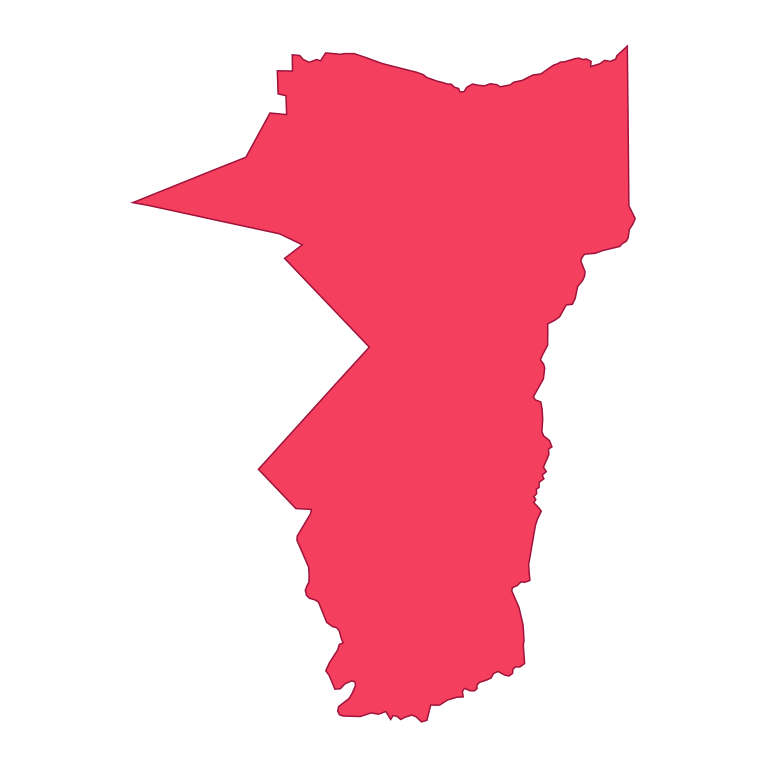 the district of São Luiz, Roraima, Brazil
{"feature_id": "56859067B55722960817653", "entity_name": "São Luiz", "entity_type": "district", "adm_level": 2, "iso_a3": "BRA", "parent_name": "Brazil", "parent_adm1": "Roraima", "projection": "orthographic", "projection_center": [-60.131, 0.848], "detail": "fine", "context": "isolated", "style": "filled", "palette": "rose", "viewbox_px": 768, "rotation_deg": 0, "n_neighbors": 0, "source": "geoboundaries", "source_scale": "gbopen_adm2", "svg_char_len": 2793}
<svg xmlns="http://www.w3.org/2000/svg" viewBox="0 0 768 768"><path d="M292.3,54.8L292.5,71.0L277.3,70.8L278.1,93.9L286.0,95.7L286.6,114.6L270.0,113.0L245.9,157.2L240.7,159.3L214.7,169.6L132.8,202.6L148.3,205.4L157.0,207.3L221.9,221.4L279.8,233.9L302.3,244.8L284.6,258.4L369.3,347.1L339.5,379.8L258.4,469.3L275.7,487.4L281.1,493.1L295.9,508.6L311.4,509.4L310.5,513.8L297.3,535.9L296.9,540.2L308.7,567.3L309.1,574.1L308.9,582.3L307.1,585.4L305.3,590.3L306.5,595.3L309.4,598.3L315.1,599.9L318.5,602.1L326.7,622.4L332.6,626.6L336.7,627.7L339.3,631.0L341.2,638.3L343.1,642.8L339.3,644.5L337.7,649.9L329.5,662.6L325.8,670.8L329.2,675.5L331.0,679.8L334.9,689.2L340.4,688.7L345.0,683.8L351.6,680.9L355.1,681.9L355.5,685.6L352.2,693.2L349.2,698.4L338.6,706.6L337.7,711.1L339.5,714.8L343.1,716.0L360.3,716.5L371.3,712.9L378.4,714.2L385.8,711.5L390.7,719.5L393.0,715.7L396.8,716.2L400.7,719.5L405.6,717.0L411.9,715.1L416.4,717.0L421.5,721.9L426.9,720.3L430.7,705.0L435.9,705.2L439.7,705.0L447.5,700.0L457.0,697.2L463.2,696.9L462.4,691.3L464.5,688.4L470.3,690.8L474.4,690.8L477.0,688.7L476.9,685.1L479.6,682.3L485.3,680.5L491.0,678.1L493.6,673.4L498.2,671.5L504.7,675.1L508.9,676.0L512.6,673.4L512.9,669.4L515.5,666.8L519.8,667.0L524.6,663.5L523.3,645.4L524.0,640.5L523.1,625.2L519.0,607.5L511.7,590.7L512.6,587.5L517.2,585.6L521.0,581.8L524.7,582.3L529.9,580.4L529.2,572.6L528.6,564.7L535.4,525.6L537.4,519.2L541.3,511.2L538.7,507.7L533.8,502.7L535.8,499.4L533.8,496.6L536.7,493.6L536.3,489.3L539.1,487.4L539.1,482.3L543.9,478.8L542.2,475.2L546.3,471.6L543.4,467.2L546.5,460.1L548.9,454.5L548.5,449.1L551.9,446.9L549.6,440.8L547.0,438.5L543.9,436.2L541.9,431.9L542.7,419.2L542.1,409.1L540.8,402.0L535.3,399.9L533.4,396.8L536.1,391.9L543.4,378.9L544.7,368.1L543.5,363.9L540.4,359.9L542.4,355.1L547.6,345.3L547.8,329.3L547.6,323.9L554.7,320.3L559.6,316.8L566.2,305.0L572.3,304.3L575.1,298.7L577.6,286.7L582.5,280.6L584.5,276.3L585.0,271.6L580.8,261.0L581.9,257.7L584.5,254.2L595.3,253.3L602.5,250.6L619.9,246.4L622.0,243.8L626.3,241.2L628.2,237.7L629.3,229.5L632.8,224.2L635.2,218.6L628.9,205.9L628.0,111.7L627.8,95.5L627.4,53.1L627.3,46.1L616.9,55.7L615.6,59.2L610.1,61.4L604.6,60.4L599.8,63.8L590.6,66.6L591.1,61.4L586.5,59.0L582.8,59.5L578.9,58.1L575.1,58.6L564.2,61.9L560.5,62.1L557.5,63.8L553.7,65.1L550.0,67.5L541.0,73.9L533.0,75.0L526.2,78.3L522.3,80.4L513.9,82.1L510.2,84.9L500.1,86.8L496.9,84.7L490.3,83.7L484.4,85.9L477.9,85.2L472.6,84.0L466.9,87.2L463.9,91.8L459.8,91.8L458.6,88.5L454.3,87.2L451.4,84.2L447.1,84.0L442.9,82.6L437.0,81.1L426.5,77.4L423.6,74.8L416.5,72.2L411.4,71.0L382.1,63.5L366.0,57.6L360.3,55.7L354.1,53.6L344.5,53.6L340.6,54.3L325.7,52.9L323.2,56.6L320.5,60.9L316.8,59.5L309.2,62.3L303.3,59.5L299.7,55.5L292.3,54.8Z" fill="#f43f5e" stroke="#9f1239" stroke-width="1.5"/></svg>